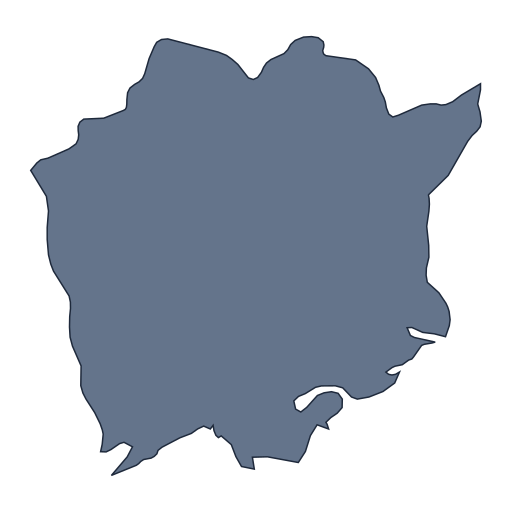 outline of Okayama
{"feature_id": "JPN-1822", "entity_name": "Okayama", "entity_type": "Prefecture", "adm_level": 1, "iso_a3": "JPN", "parent_name": "Japan", "parent_adm1": "", "projection": "orthographic", "projection_center": [133.872, 34.876], "detail": "fine", "context": "isolated", "style": "filled", "palette": "slate", "viewbox_px": 512, "rotation_deg": 0, "n_neighbors": 0, "source": "natural_earth", "source_scale": "10m", "svg_char_len": 2587}
<svg xmlns="http://www.w3.org/2000/svg" viewBox="0 0 512 512"><path d="M445.5,336.7L434.2,333.8L422.7,332.4L411.9,327.5L407.1,327.7L410.4,335.5L414.4,337.5L435.2,342.1L432.0,343.0L424.3,344.3L421.6,345.4L413.5,357.0L411.8,359.0L408.6,360.1L402.3,364.7L395.0,366.2L392.0,367.6L385.9,372.1L388.6,374.3L391.9,375.0L395.6,374.3L399.5,372.0L394.7,383.0L383.0,391.5L369.0,397.0L357.3,399.1L351.5,397.0L342.7,387.8L335.3,385.8L321.5,385.9L315.5,387.3L305.3,393.6L298.5,396.4L293.8,400.9L295.6,409.1L300.8,412.0L306.7,407.4L317.4,395.5L324.1,392.8L331.5,391.7L338.1,393.3L342.3,399.1L342.1,407.6L337.2,413.2L330.9,417.5L325.9,422.3L326.9,423.9L327.3,424.9L328.6,429.0L317.1,424.8L310.4,435.6L305.4,451.5L298.3,462.5L267.4,456.8L252.4,457.2L254.3,469.1L241.5,466.5L235.9,456.6L231.3,444.6L221.2,435.9L218.4,437.6L215.9,435.3L214.0,430.7L213.1,425.3L210.3,429.0L203.7,426.1L197.7,428.9L191.4,433.4L179.9,437.8L162.0,447.2L158.0,450.4L156.9,453.8L154.2,456.4L151.1,458.1L143.7,459.5L140.8,461.4L138.7,463.6L136.3,465.3L111.4,475.4L127.2,456.9L132.5,446.8L124.0,442.3L119.6,443.6L110.9,449.6L106.1,451.9L100.6,451.7L102.2,444.3L103.2,434.1L102.3,429.9L100.2,423.8L94.7,412.6L85.9,398.9L82.9,393.0L80.8,385.7L81.1,365.9L72.5,346.2L70.1,337.2L69.5,327.0L69.7,316.7L70.5,308.5L70.4,302.1L69.1,296.0L53.5,271.1L50.8,264.1L48.5,254.9L47.2,239.5L47.2,227.5L48.5,211.0L46.4,196.3L30.7,170.4L36.9,162.9L40.8,159.8L47.8,158.2L68.9,148.9L76.1,143.8L78.2,139.3L78.7,134.8L78.2,130.7L78.1,126.3L79.9,122.1L83.8,119.1L103.7,118.2L123.3,110.5L125.3,109.4L126.4,107.4L126.8,104.1L126.9,99.5L127.6,92.7L130.0,88.0L134.6,84.4L139.0,81.9L142.6,78.4L144.7,73.8L149.1,58.6L154.2,46.7L156.7,42.3L161.5,39.5L167.8,38.9L218.3,52.1L226.5,55.4L232.2,59.5L237.8,64.4L248.4,77.9L253.3,79.5L257.6,77.5L261.4,72.3L263.6,67.3L266.5,63.0L271.0,59.5L284.0,53.6L287.8,49.7L290.7,44.5L295.2,40.4L303.5,37.1L311.6,36.6L318.2,37.7L323.2,41.7L323.9,45.0L323.7,47.3L322.7,50.6L323.2,52.9L323.9,54.3L326.0,55.7L355.6,59.9L368.5,68.8L375.6,77.5L378.9,85.3L380.5,91.1L383.8,97.5L385.3,101.9L386.4,107.9L388.8,114.1L392.8,117.0L398.5,115.2L421.7,105.1L430.2,103.9L436.3,103.9L441.1,105.1L445.9,104.6L452.7,101.7L461.5,95.0L480.5,83.7L480.5,89.8L477.7,104.0L480.0,111.9L481.3,121.2L480.1,126.8L476.8,131.1L472.1,135.5L467.7,141.3L448.2,175.4L429.2,194.1L428.5,194.9L428.5,195.3L429.1,198.5L429.4,204.2L428.9,211.2L426.7,226.3L428.7,245.4L428.9,257.2L426.4,267.9L426.1,275.2L427.3,282.3L438.9,292.8L445.9,303.2L447.7,307.0L449.1,311.4L450.1,319.7L449.3,325.7L445.5,336.7L445.5,336.7Z" fill="#64748b" stroke="#1e293b" stroke-width="1.5"/></svg>